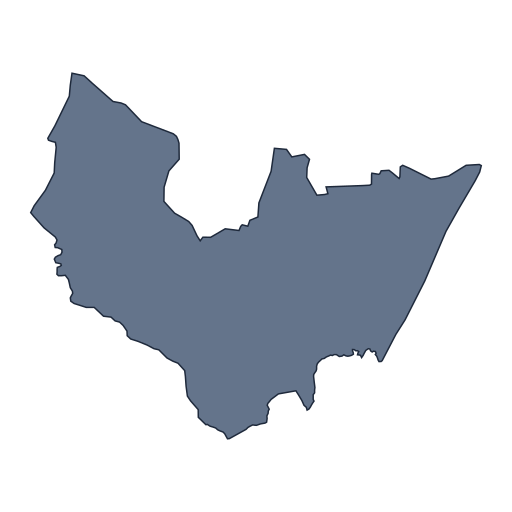 Cerro de las Cuentas, Cerro Largo, Uruguay
{"feature_id": "84410073B63196441313182", "entity_name": "Cerro de las Cuentas", "entity_type": "district", "adm_level": 2, "iso_a3": "URY", "parent_name": "Uruguay", "parent_adm1": "Cerro Largo", "projection": "natural_earth1", "projection_center": [-54.465, -32.625], "detail": "fine", "context": "isolated", "style": "filled", "palette": "slate", "viewbox_px": 512, "rotation_deg": 0, "n_neighbors": 0, "source": "geoboundaries", "source_scale": "gbopen_adm2", "svg_char_len": 3145}
<svg xmlns="http://www.w3.org/2000/svg" viewBox="0 0 512 512"><path d="M205.9,424.7L207.3,424.4L210.1,426.2L212.9,427.0L215.7,428.0L217.7,429.8L220.0,430.9L223.0,432.0L224.7,433.7L226.0,436.1L227.5,438.8L229.4,438.6L246.0,429.4L248.0,427.4L250.1,426.2L252.7,424.9L254.7,425.2L256.5,425.3L260.5,423.9L265.0,423.1L266.6,422.2L267.1,418.6L266.9,415.8L268.1,413.4L268.3,410.9L269.2,409.2L268.1,407.0L267.2,405.3L267.8,403.4L269.3,401.7L271.1,399.4L274.3,397.0L278.4,393.9L295.9,390.8L298.7,395.2L301.9,400.6L304.0,405.3L306.3,407.3L307.1,410.1L309.0,409.0L310.4,407.0L311.4,405.1L312.6,403.1L314.0,401.1L313.2,399.4L313.2,397.0L313.2,394.7L314.6,392.8L314.6,390.0L314.9,387.6L314.6,385.0L314.2,381.9L313.9,379.2L313.6,376.6L313.7,374.5L314.9,372.6L316.1,370.9L316.6,369.2L316.6,366.2L317.2,364.0L318.4,362.3L320.2,360.6L322.0,358.9L324.3,358.4L326.4,356.9L328.9,355.9L330.5,355.1L332.4,355.5L334.0,354.6L336.4,354.6L339.3,356.5L342.0,356.1L343.8,354.8L346.0,355.9L347.8,356.2L349.6,355.9L351.6,355.3L353.4,354.2L353.2,352.5L352.5,350.9L352.5,349.5L354.3,349.6L355.8,350.8L357.3,350.7L358.7,351.5L358.0,353.0L357.5,354.8L359.3,355.0L360.5,355.3L361.6,357.6L362.6,356.2L363.3,355.1L364.1,353.4L364.8,352.2L365.7,350.5L367.2,349.4L368.4,348.7L369.9,349.0L370.6,350.9L372.2,352.0L373.5,351.2L375.4,351.5L376.1,353.3L375.3,354.5L376.7,356.1L377.5,358.1L378.1,360.0L379.0,361.6L381.1,361.5L382.2,360.6L395.9,334.3L405.1,319.8L424.8,280.9L446.0,231.3L459.3,207.7L475.2,180.7L479.7,172.0L481.3,165.6L479.3,164.5L466.1,165.3L448.6,176.1L434.9,178.7L431.1,179.1L409.5,168.3L402.7,165.3L400.3,166.9L399.9,176.8L399.1,178.5L392.5,173.0L389.0,170.3L381.2,170.8L379.8,173.7L378.7,174.3L371.9,173.2L371.6,174.5L371.5,184.1L369.7,185.2L362.1,185.6L326.1,186.9L327.9,193.7L324.7,194.5L316.9,195.2L306.7,177.5L307.1,167.8L309.5,159.3L304.5,154.4L291.8,156.9L286.5,149.4L274.4,148.3L271.1,171.3L258.9,202.9L257.9,217.0L249.9,220.3L247.8,226.2L242.2,224.8L240.7,226.4L239.0,230.5L225.2,228.8L215.8,234.3L210.6,237.3L202.9,237.2L200.2,240.8L197.0,235.8L192.1,225.4L188.7,221.5L181.1,216.9L174.6,213.2L163.9,201.4L164.1,187.2L168.9,170.9L179.2,159.2L179.0,143.2L177.9,139.5L176.4,136.3L173.3,133.8L141.6,121.7L125.5,104.8L121.1,103.0L113.0,101.5L92.1,83.1L84.1,75.8L72.0,73.2L70.3,85.1L69.3,96.2L54.9,125.8L47.8,138.3L48.5,140.2L51.8,141.4L55.4,142.3L56.2,147.3L54.7,162.8L54.2,173.0L45.4,190.3L34.2,205.7L30.7,212.6L33.8,216.4L44.1,227.9L55.3,237.0L57.0,240.0L56.1,243.0L54.6,244.8L55.2,247.5L57.7,247.7L61.8,249.5L62.0,252.2L60.7,254.7L58.1,255.6L55.4,257.2L54.3,259.1L55.8,262.7L58.3,263.2L60.8,263.8L61.3,265.4L60.0,266.4L57.3,267.4L57.1,269.1L57.1,272.1L56.9,274.2L58.4,275.7L61.6,275.7L65.3,275.3L68.4,279.4L69.3,283.0L70.3,287.7L72.4,291.1L72.7,293.4L71.1,296.2L70.3,297.9L70.8,301.2L74.1,303.5L79.8,305.3L86.3,307.4L94.2,307.4L103.5,316.2L111.0,317.1L115.1,320.9L119.6,322.1L123.1,325.4L127.0,331.1L127.2,335.7L130.7,339.0L137.6,341.2L147.0,345.0L154.0,348.7L158.8,349.8L167.0,358.0L172.9,361.2L178.0,363.2L184.7,370.6L185.4,376.4L186.1,386.3L187.4,396.1L190.6,400.9L198.2,409.6L198.3,417.3L205.9,424.7Z" fill="#64748b" stroke="#1e293b" stroke-width="1.5"/></svg>